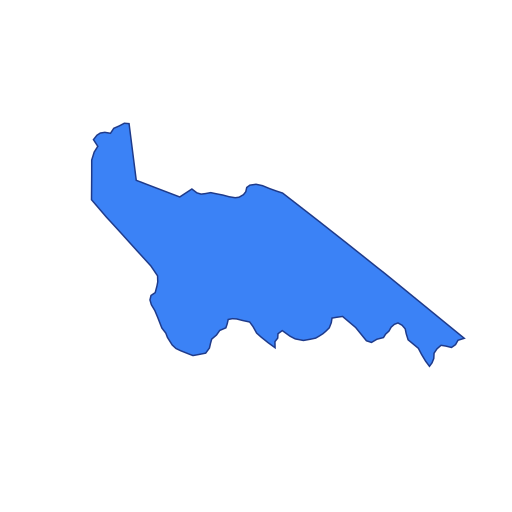 Capistrano, Ceará, Brazil (Equal Earth projection), rotated 324°
{"feature_id": "56859067B99249813136539", "entity_name": "Capistrano", "entity_type": "district", "adm_level": 2, "iso_a3": "BRA", "parent_name": "Brazil", "parent_adm1": "Ceará", "projection": "equal_earth", "projection_center": [-38.911, -4.467], "detail": "fine", "context": "isolated", "style": "filled", "palette": "blue", "viewbox_px": 512, "rotation_deg": 324, "n_neighbors": 0, "source": "geoboundaries", "source_scale": "gbopen_adm2", "svg_char_len": 1670}
<svg xmlns="http://www.w3.org/2000/svg" viewBox="0 0 512 512"><g transform="rotate(324 256 256)"><path d="M135.9,278.7L136.9,283.8L139.4,288.4L144.0,295.7L146.5,299.5L151.5,301.9L158.2,305.0L164.2,303.1L168.0,299.8L171.3,297.2L177.6,296.7L182.9,294.9L189.4,296.4L192.9,293.9L196.2,291.0L200.0,292.8L203.3,295.5L207.1,300.1L212.1,305.7L212.1,311.4L211.2,318.7L212.4,324.3L214.8,333.1L217.5,341.4L221.0,336.4L225.3,335.2L228.1,331.8L233.4,331.8L236.4,340.9L239.0,346.1L244.7,352.2L251.1,355.3L256.0,357.5L259.8,357.9L264.4,358.2L268.3,357.9L273.0,357.2L277.7,354.2L281.0,350.9L285.1,352.9L290.5,355.8L294.6,372.4L295.5,389.5L298.6,393.8L304.9,394.4L311.2,396.9L314.9,395.4L319.4,394.9L323.5,393.0L327.7,392.6L331.5,393.6L333.5,397.9L333.9,402.6L331.8,407.3L329.8,413.2L333.1,426.1L332.1,432.8L331.4,440.8L331.5,447.2L335.6,445.9L339.6,443.4L342.9,439.3L347.8,437.5L353.2,437.0L356.5,440.3L360.4,444.9L365.3,445.0L369.9,442.9L376.1,445.0L350.1,346.3L347.5,337.2L337.3,300.3L326.5,262.1L314.5,220.7L310.8,215.6L306.7,209.6L302.6,202.9L298.2,198.0L292.7,195.1L288.8,195.1L285.5,198.0L281.9,199.0L276.9,198.5L273.5,196.7L269.1,192.3L265.0,187.2L260.6,182.5L256.6,178.1L251.8,175.8L248.0,173.7L245.3,170.2L243.5,164.1L229.0,163.4L215.7,143.0L203.6,124.4L231.1,74.3L227.5,71.2L221.9,70.4L216.0,69.1L210.4,71.2L206.4,67.1L202.3,65.0L198.3,64.8L192.9,66.3L192.5,74.3L186.2,76.8L179.5,81.8L170.7,93.9L156.0,113.8L157.8,136.3L159.8,153.6L162.8,181.7L165.1,202.2L164.7,214.2L161.3,219.2L158.3,222.0L152.9,226.4L147.9,226.2L144.4,229.2L142.7,233.9L142.1,240.6L140.4,247.9L137.5,258.9L137.7,265.4L136.5,269.8L135.9,278.7Z" fill="#3b82f6" stroke="#1e3a8a" stroke-width="1.5"/></g></svg>